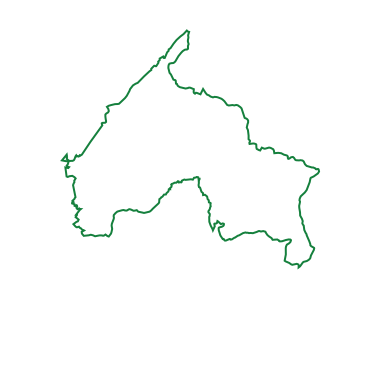 Bozioru, Buzau, Romania, rotated 140°
{"feature_id": "2599482B64947302268999", "entity_name": "Bozioru", "entity_type": "district", "adm_level": 2, "iso_a3": "ROU", "parent_name": "Romania", "parent_adm1": "Buzau", "projection": "robinson", "projection_center": [26.468, 45.407], "detail": "fine", "context": "isolated", "style": "outline", "palette": "green", "viewbox_px": 384, "rotation_deg": 140, "n_neighbors": 0, "source": "geoboundaries", "source_scale": "gbopen_adm2", "svg_char_len": 6063}
<svg xmlns="http://www.w3.org/2000/svg" viewBox="0 0 384 384"><g transform="rotate(140 192 192)"><path d="M278.1,284.5L277.5,283.4L275.8,282.9L273.3,281.3L272.5,278.9L272.4,277.2L275.0,276.3L275.8,275.1L277.0,274.7L278.7,273.7L284.6,262.9L285.7,262.7L286.7,262.2L289.1,262.1L289.2,260.6L290.4,261.1L291.2,260.3L289.9,258.2L290.9,256.9L290.8,256.7L290.4,256.3L289.1,256.3L288.8,255.7L289.2,254.8L289.5,254.5L290.7,254.2L290.8,252.5L288.9,251.9L288.8,251.1L288.1,250.4L289.6,250.4L295.3,249.1L294.7,248.6L295.0,248.3L297.3,247.6L296.6,243.7L298.3,242.9L299.7,243.4L303.5,243.6L303.4,240.4L303.1,239.3L302.8,238.9L300.9,238.1L301.0,236.8L300.5,235.8L300.3,233.1L299.7,232.7L299.4,231.9L302.1,232.4L302.9,231.2L303.1,230.4L303.1,228.0L298.8,225.1L297.0,224.3L295.7,222.5L294.7,220.4L290.9,218.3L289.6,217.3L288.2,215.8L288.2,215.6L287.4,215.2L285.6,215.0L285.1,212.6L284.4,211.4L280.8,212.2L279.5,213.0L276.9,215.0L275.2,217.9L273.9,219.1L269.1,221.8L268.2,222.7L267.6,223.8L266.7,224.6L264.2,225.0L261.8,225.0L257.1,222.9L255.9,222.1L255.2,220.9L253.9,219.7L251.5,219.3L250.8,218.9L249.9,217.5L248.9,215.3L247.8,214.5L246.0,213.6L245.9,211.9L245.7,211.3L243.1,208.0L242.5,207.1L241.9,206.6L237.1,204.2L235.1,204.1L232.7,204.4L224.8,204.8L223.8,205.2L221.6,207.5L219.9,207.4L219.0,207.7L217.7,207.4L215.1,208.0L213.6,206.9L212.2,207.5L209.9,207.6L208.5,208.4L208.1,209.0L207.5,209.0L206.9,208.2L206.2,209.1L204.6,209.1L203.4,210.0L203.2,211.0L202.4,211.2L200.7,210.5L199.5,210.4L198.0,209.2L195.8,209.3L195.5,208.7L196.1,208.1L196.1,207.9L195.5,207.6L195.2,207.2L194.2,206.8L194.0,206.3L193.5,206.3L192.5,207.2L189.9,206.5L189.1,205.4L184.6,202.4L183.4,200.9L181.3,201.6L179.7,200.6L178.8,200.5L178.3,200.0L177.8,199.3L178.5,198.0L177.7,197.3L178.2,196.8L179.3,196.7L179.5,196.0L180.3,195.5L180.8,194.6L182.5,193.1L183.1,192.1L183.5,191.2L183.0,190.3L183.1,189.9L184.6,186.1L184.3,184.1L185.5,182.5L183.9,181.6L183.4,179.4L183.4,178.7L184.6,176.5L184.5,174.9L185.7,173.2L184.9,171.8L184.9,171.4L186.1,170.4L186.9,169.0L187.9,168.6L189.5,167.4L191.8,166.7L192.4,165.9L192.5,163.7L194.0,162.2L194.8,161.9L197.9,158.0L199.3,154.2L200.1,150.5L200.6,149.2L196.6,151.1L195.5,153.2L195.1,153.3L193.9,152.4L192.9,152.2L191.2,153.4L190.9,152.5L190.5,148.8L188.7,148.2L188.1,147.3L188.1,146.9L189.1,146.1L189.8,145.9L191.5,146.2L193.8,147.3L194.4,147.4L194.9,147.1L196.1,145.5L198.2,140.5L198.7,136.2L198.0,135.8L197.9,135.3L198.2,134.3L198.0,133.6L197.2,133.0L193.3,131.8L193.1,131.6L193.1,130.8L192.0,130.1L188.8,129.7L188.3,129.4L185.2,129.1L183.7,128.5L179.3,127.7L178.0,127.1L177.0,126.6L176.6,125.9L175.4,124.9L174.8,123.9L173.5,123.0L171.8,121.3L168.1,119.8L166.0,119.2L165.4,118.7L164.6,117.4L162.6,116.3L161.3,114.4L161.7,112.8L161.9,110.4L161.5,108.2L160.7,105.6L161.0,103.6L157.2,100.8L156.5,98.8L156.8,98.4L156.5,97.7L154.7,96.4L151.0,94.9L148.4,93.5L147.2,92.3L147.1,91.7L147.3,91.3L148.9,90.4L150.9,90.3L153.2,90.7L155.0,89.8L156.2,88.8L160.3,83.8L165.2,79.8L164.9,78.7L163.1,75.1L162.6,73.0L162.0,71.8L157.9,69.6L157.4,68.7L157.1,68.0L157.4,67.2L158.8,65.7L157.0,65.6L152.3,66.8L151.3,66.7L148.4,65.3L146.2,65.0L144.7,65.1L143.8,65.4L141.7,66.9L135.9,69.3L134.5,70.4L134.4,70.8L135.5,73.8L135.6,75.0L134.8,76.2L133.8,78.9L132.0,85.0L131.4,86.1L131.2,87.7L130.4,90.7L128.0,94.5L128.0,95.7L127.6,97.1L125.9,98.5L125.0,100.8L124.3,104.4L122.3,107.0L120.0,110.9L118.8,112.5L116.1,114.6L115.4,115.3L115.0,116.6L113.7,117.7L111.5,118.8L105.9,119.1L102.9,119.8L95.5,123.9L92.5,126.3L91.8,126.5L88.8,125.7L83.6,125.3L81.5,126.0L80.6,127.7L80.5,128.2L80.7,128.7L82.2,129.5L82.5,130.0L82.3,130.7L83.4,132.9L84.3,133.6L87.4,138.3L87.6,140.7L86.8,143.6L87.1,145.1L88.5,146.7L89.7,147.4L91.8,149.4L92.1,150.0L92.2,150.5L91.9,152.5L92.2,154.0L93.7,154.9L95.9,155.0L96.9,155.5L96.7,156.5L95.8,157.6L95.7,158.3L95.9,159.1L97.6,161.5L98.7,164.3L100.8,166.6L104.0,168.8L102.7,171.0L102.3,172.5L103.4,175.2L104.4,176.5L108.0,178.1L108.8,178.7L110.0,181.1L113.1,180.0L113.8,181.1L114.7,183.4L114.2,184.5L112.3,187.0L112.3,187.7L113.2,189.1L114.0,189.9L117.0,191.8L116.5,192.8L115.0,193.6L114.6,194.2L114.7,196.1L112.4,198.8L109.4,203.4L108.6,206.2L105.7,208.4L104.4,209.1L103.1,210.6L102.9,212.0L103.0,212.8L103.4,213.8L103.9,214.5L104.0,215.0L100.3,224.2L100.4,225.9L101.2,229.0L102.2,230.3L103.9,231.1L105.1,232.6L108.2,234.6L109.1,236.1L108.8,240.7L109.1,242.9L109.5,244.5L111.3,247.8L112.2,249.0L113.6,250.4L115.1,251.0L116.5,253.3L116.8,254.9L117.9,257.0L117.9,259.1L117.3,263.8L122.7,261.4L124.6,264.8L125.2,265.5L126.5,265.4L126.8,266.6L126.5,267.5L124.5,269.6L126.3,273.0L127.2,273.9L128.4,274.3L130.4,275.4L131.9,277.4L133.9,280.1L134.5,281.9L134.6,282.8L134.1,284.4L134.6,285.3L132.9,287.8L132.9,288.4L134.0,290.0L132.6,295.5L132.6,297.7L130.4,302.2L129.0,303.7L128.0,304.4L126.8,304.8L124.9,303.9L123.7,303.0L123.1,302.7L121.0,302.7L115.1,304.8L111.1,305.6L108.6,305.9L106.1,305.6L104.8,304.9L104.4,304.4L103.0,304.3L101.2,306.5L99.5,307.5L98.5,309.8L97.6,310.9L95.5,312.6L94.2,314.6L91.3,316.5L92.1,317.7L92.2,319.0L97.0,318.4L100.8,318.6L106.0,318.4L110.7,317.5L116.0,316.0L118.2,316.2L119.2,315.2L121.2,315.0L126.7,312.2L127.4,312.7L127.5,313.1L127.0,313.8L126.9,314.3L131.0,315.0L132.0,313.8L134.1,313.6L134.6,312.6L138.5,311.4L138.8,311.5L139.4,312.6L139.9,313.0L144.0,312.6L144.8,311.6L146.8,311.8L154.4,311.4L163.4,310.5L165.7,311.2L168.7,311.6L173.3,310.6L174.8,309.7L180.1,307.6L183.0,307.0L191.2,306.5L192.3,307.1L194.5,308.8L198.1,310.6L200.4,311.6L202.4,311.9L202.7,309.5L203.7,307.5L205.1,306.9L207.0,307.2L208.3,307.1L208.7,306.9L210.1,305.1L211.5,302.9L212.0,301.9L212.8,300.9L214.0,300.9L216.3,302.6L217.0,302.6L217.3,302.2L217.9,300.7L237.6,295.7L252.4,291.4L253.7,291.6L254.1,292.2L254.8,291.7L256.1,292.1L256.2,292.9L257.3,293.2L257.1,294.5L258.3,294.2L260.9,292.7L262.1,292.3L263.4,292.6L265.6,294.3L266.2,295.2L266.7,297.8L265.7,298.6L265.7,299.4L264.8,299.7L263.9,301.2L271.3,299.8L268.8,296.7L266.7,294.8L269.3,293.1L271.0,292.7L270.8,291.0L270.2,290.1L271.4,289.9L273.2,292.2L278.1,284.5Z" fill="none" stroke="#15803d" stroke-width="2"/></g></svg>